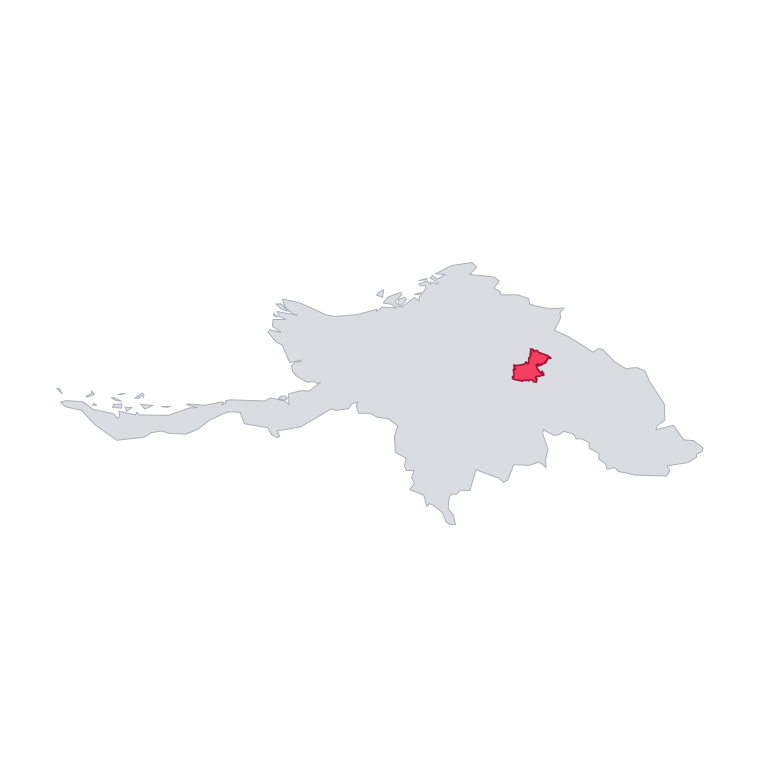 Kanbalu, Sagaing, Myanmar shown in context, rotated 97°
{"feature_id": "60261553B80816237630627", "entity_name": "Kanbalu", "entity_type": "district", "adm_level": 2, "iso_a3": "MMR", "parent_name": "Myanmar", "parent_adm1": "Sagaing", "projection": "natural_earth1", "projection_center": [95.451, 23.357], "detail": "fine", "context": "in_parent", "style": "filled", "palette": "rose", "viewbox_px": 768, "rotation_deg": 97, "n_neighbors": 0, "source": "geoboundaries", "source_scale": "gbopen_adm2", "svg_char_len": 9023}
<svg xmlns="http://www.w3.org/2000/svg" viewBox="0 0 768 768"><g transform="rotate(97 384 384)"><path d="M485.7,345.5L478.9,341.7L473.9,345.1L466.2,343.8L467.1,351.3L462.7,353.7L455.0,353.0L450.4,364.4L434.4,367.3L423.9,365.2L418.1,375.3L417.8,386.8L414.9,393.7L416.1,405.6L409.3,408.8L405.2,408.1L407.5,413.6L412.8,416.0L416.0,428.4L415.1,433.2L436.8,461.7L443.5,484.2L448.6,481.2L450.2,483.4L448.1,489.4L441.5,493.9L440.5,517.7L429.7,523.3L430.1,531.3L431.4,536.9L441.0,552.7L451.9,563.5L458.0,575.0L459.2,591.8L457.7,598.9L460.6,609.0L466.1,615.6L472.4,642.3L459.9,665.7L447.0,681.1L445.4,697.5L441.3,702.9L439.3,697.7L438.3,680.6L444.6,669.8L446.5,648.8L450.4,644.4L448.3,642.3L443.3,643.7L445.0,626.8L442.2,626.1L444.5,622.6L441.4,594.3L431.5,574.5L430.1,565.9L428.6,577.4L427.5,575.2L427.1,559.6L421.4,542.5L422.0,541.0L424.7,542.5L422.2,538.6L420.2,539.5L418.5,535.3L415.4,500.0L411.6,495.0L413.1,479.8L415.8,475.9L405.4,477.5L400.5,464.6L400.2,457.6L389.9,446.9L391.6,450.3L389.9,453.8L391.6,459.8L387.4,471.0L383.1,476.1L377.5,478.1L373.1,475.0L372.1,469.1L370.3,469.0L374.3,480.2L357.7,489.8L355.3,496.5L346.7,505.3L344.1,504.2L345.4,492.3L340.4,501.7L333.4,502.0L332.0,489.3L329.2,496.7L325.1,499.0L326.4,477.9L325.3,484.0L318.6,492.4L312.2,495.1L313.6,477.7L322.3,450.2L323.0,441.1L318.4,419.1L310.8,400.6L313.0,400.3L307.8,395.0L307.1,381.3L304.0,386.2L303.7,394.8L297.1,390.4L290.9,378.4L293.4,377.3L300.6,383.0L304.7,379.8L305.7,376.0L294.4,364.3L297.2,359.5L293.5,359.6L283.8,354.0L281.1,355.1L282.3,360.0L280.2,361.4L276.5,353.9L279.3,350.2L276.9,350.0L278.5,343.3L277.5,342.3L273.0,351.2L270.3,349.1L273.3,344.6L272.1,342.0L268.0,336.8L268.3,346.2L258.3,331.5L252.6,311.4L257.0,306.3L264.9,312.2L264.3,287.6L267.7,282.2L275.7,286.7L278.0,280.4L281.2,278.8L279.2,261.8L281.7,250.8L287.1,249.0L288.4,240.1L289.1,228.2L286.6,214.8L291.5,218.0L297.0,216.8L309.9,221.4L314.8,205.8L326.9,180.5L322.4,174.7L323.2,171.0L333.8,157.8L339.3,145.9L336.9,135.2L339.2,126.5L348.9,120.9L369.9,103.3L385.5,100.8L391.9,107.7L396.2,108.4L389.7,91.9L402.9,79.7L402.5,69.9L408.6,59.7L412.1,60.0L415.3,65.1L418.7,65.0L424.9,72.5L430.8,93.2L435.2,89.5L440.9,92.4L443.7,122.9L442.3,140.7L438.8,144.8L441.5,152.1L436.0,154.7L432.2,161.7L426.7,162.3L422.9,172.0L417.3,173.4L414.3,181.0L415.0,186.7L410.5,190.0L409.1,199.9L413.0,203.8L414.3,209.1L410.1,220.2L413.7,220.6L429.0,213.2L439.8,214.6L447.1,212.8L442.5,220.4L447.1,230.2L448.2,245.3L464.4,249.5L467.0,253.4L463.5,258.0L458.0,282.4L479.3,285.8L480.0,295.2L484.6,298.6L485.2,303.8L488.1,305.5L499.6,305.2L506.2,298.8L514.9,296.0L515.4,301.4L513.5,305.3L504.1,310.8L497.7,321.9L497.3,324.4L500.3,326.5L489.4,331.0L485.7,345.5ZM297.4,371.9L304.2,376.4L302.9,379.7L298.6,380.0L295.3,374.1L297.4,371.9ZM433.6,611.1L438.0,618.2L433.7,623.0L433.6,611.1ZM296.6,402.3L293.1,399.7L290.7,395.9L298.2,396.0L296.6,402.3ZM440.0,641.4L440.1,650.7L437.3,649.7L435.6,641.9L440.0,641.4ZM322.3,495.0L317.7,500.9L317.0,495.9L323.4,488.5L322.3,495.0ZM411.3,486.9L408.5,485.0L408.2,479.6L410.3,478.1L412.1,480.7L411.3,486.9ZM431.0,652.8L430.4,649.7L433.3,642.2L432.8,648.8L431.0,652.8ZM429.4,670.1L433.2,677.0L432.5,678.4L429.1,672.9L426.8,673.3L429.4,670.1ZM442.5,636.2L438.5,638.2L438.2,631.7L442.5,636.2ZM433.2,702.3L428.0,708.3L428.7,705.0L433.2,702.3ZM275.3,354.9L277.1,362.4L274.0,353.5L275.3,354.9ZM433.6,596.5L433.5,602.2L432.1,592.9L433.6,596.5ZM290.9,360.2L291.5,365.0L288.6,358.2L290.9,360.2ZM428.4,629.4L425.4,626.6L426.4,624.5L428.0,625.0L428.4,629.4ZM426.3,621.1L424.4,625.0L422.5,622.6L424.0,621.0L426.3,621.1ZM426.8,643.9L426.9,647.3L424.7,639.5L426.8,643.9ZM329.4,502.0L327.3,501.8L330.1,498.0L330.4,499.4L329.4,502.0ZM440.6,670.7L438.7,670.1L440.1,666.4L440.6,670.7Z" fill="#d9dde1" stroke="#a8b0b8" stroke-width="1"/><path d="M363.5,234.1L363.7,233.3L363.6,233.1L363.4,233.1L363.2,232.9L362.9,233.1L361.9,233.0L361.7,233.1L361.3,233.0L361.1,233.3L361.1,233.1L360.9,233.1L360.7,232.9L360.7,232.7L359.8,233.0L359.7,233.6L359.4,233.7L359.4,234.0L359.2,234.2L359.0,233.9L358.9,234.0L358.5,234.2L358.5,233.9L358.3,233.8L358.1,233.5L357.8,233.6L357.5,233.3L357.6,232.1L357.5,231.6L357.6,231.3L357.5,231.1L357.4,230.6L357.3,230.2L357.0,229.9L356.8,229.6L356.4,229.6L356.4,229.3L356.2,228.9L356.3,228.6L356.0,227.4L356.2,227.2L356.0,226.5L355.6,226.7L355.2,226.9L355.3,227.0L355.1,227.1L355.0,227.3L354.9,227.2L354.7,227.1L354.5,226.9L354.3,226.8L354.3,227.0L354.2,226.9L354.1,227.0L354.3,227.2L354.1,227.2L354.1,227.7L353.8,227.9L353.9,228.0L353.6,228.0L353.3,228.1L352.8,228.1L352.7,228.2L352.6,228.4L352.3,228.2L352.1,228.4L352.1,228.6L352.3,228.8L352.4,229.1L352.8,229.3L352.9,229.1L353.1,229.3L353.2,229.2L353.2,229.4L353.3,229.3L353.2,229.8L353.2,230.0L353.4,230.0L353.2,230.3L353.2,230.5L353.3,230.5L352.7,231.3L352.5,231.7L352.2,231.8L351.9,231.9L351.4,231.8L350.9,232.5L350.6,232.8L350.5,233.6L350.2,233.8L349.8,233.8L349.5,234.0L349.4,234.0L349.1,234.2L348.8,234.5L348.6,234.5L348.5,234.4L348.2,234.4L348.1,234.5L348.0,234.9L347.5,235.0L347.3,234.6L347.2,234.7L346.8,235.0L346.7,235.2L346.2,234.8L345.8,234.8L345.7,234.9L345.8,234.6L345.3,234.3L345.3,234.1L345.5,234.3L345.7,234.0L345.8,233.7L346.5,233.5L347.1,233.2L347.4,232.7L347.3,232.4L346.7,232.2L346.5,232.3L346.5,232.5L346.7,232.4L346.9,232.5L347.0,232.7L346.8,232.8L346.2,232.4L345.6,232.5L345.4,231.6L345.8,231.4L346.1,230.9L345.7,230.7L345.8,230.4L345.3,230.2L345.5,230.0L345.9,229.9L345.9,229.7L344.9,229.3L344.6,228.9L344.5,228.2L344.3,228.1L344.1,228.3L343.9,228.0L343.9,227.5L343.5,227.2L343.8,227.0L343.7,226.8L343.4,226.8L343.4,226.7L343.2,226.8L343.1,226.5L342.9,226.6L342.9,226.4L342.7,226.4L342.6,226.5L342.5,226.3L342.5,226.5L342.4,226.5L342.3,226.2L342.3,226.3L342.2,226.2L342.0,226.3L342.0,226.2L341.9,226.3L341.8,226.2L341.7,226.0L341.8,225.9L341.6,225.9L341.4,225.9L341.2,225.7L341.1,225.4L340.7,225.2L340.4,224.9L340.1,225.0L340.0,224.9L339.9,225.0L339.7,224.6L339.3,224.5L338.8,224.5L338.7,224.7L338.5,224.3L338.4,224.3L338.3,224.2L338.2,223.7L338.1,223.4L338.1,223.2L338.3,222.9L338.4,222.3L338.3,221.7L338.1,221.6L338.0,221.9L337.7,222.4L337.7,222.6L337.4,222.3L337.1,222.8L336.8,222.9L336.7,224.1L336.2,224.5L336.1,224.8L335.8,224.9L335.7,225.6L335.9,225.7L335.9,226.2L335.7,226.6L335.3,227.0L335.4,227.4L335.2,227.9L335.1,228.1L334.7,229.8L334.9,230.1L335.1,230.3L335.2,230.8L335.0,231.1L334.5,231.1L334.4,231.8L334.1,232.3L334.0,233.0L333.9,233.2L334.0,233.3L333.8,233.6L333.9,233.8L333.8,234.1L333.6,234.4L333.3,234.9L332.6,235.3L332.2,235.6L332.1,235.9L332.0,236.2L332.3,236.6L332.3,237.6L332.4,238.1L332.8,238.4L333.0,238.8L333.4,238.8L333.5,238.9L333.5,239.2L333.2,239.5L332.9,239.6L332.4,239.4L332.3,239.7L332.2,239.8L332.2,240.3L332.1,240.5L331.8,240.4L331.5,240.6L331.4,240.6L331.2,240.7L331.3,241.0L331.4,241.4L331.6,241.6L331.5,241.8L331.6,242.4L331.5,242.8L332.0,242.6L333.2,242.6L333.5,242.3L333.9,242.1L334.1,242.2L334.3,242.5L335.0,242.5L335.5,242.0L335.7,241.5L335.9,241.6L336.0,242.0L336.2,241.9L336.3,241.9L336.5,242.1L336.6,242.3L336.8,241.9L337.2,241.8L337.3,241.8L337.3,242.2L337.4,242.5L337.6,242.5L337.9,242.2L338.3,242.3L338.6,242.1L338.8,242.1L340.0,242.8L340.1,243.3L340.3,243.4L340.7,243.4L341.0,243.3L341.2,243.5L341.5,243.3L342.3,243.2L342.5,243.0L342.9,243.0L343.1,243.1L343.6,242.9L343.9,243.0L344.2,243.3L344.7,243.2L344.9,243.1L345.4,243.2L345.7,243.1L345.9,243.4L346.3,243.4L346.4,243.6L346.3,244.0L346.0,244.5L345.6,244.6L345.1,245.2L344.9,245.5L344.9,246.1L345.3,246.1L345.7,245.7L346.1,245.6L346.6,246.4L346.8,246.5L347.0,247.4L347.6,248.2L347.8,249.0L348.1,249.3L348.3,249.7L348.3,250.6L348.4,250.8L348.8,251.1L348.7,251.7L348.6,251.9L348.6,252.5L349.2,253.4L349.4,253.5L349.5,254.2L349.8,254.8L349.8,255.0L349.4,255.1L349.5,255.5L349.4,256.8L349.5,256.9L349.5,257.1L349.4,257.3L350.0,257.3L350.4,257.1L350.5,256.9L350.5,257.1L351.0,257.2L351.3,257.1L351.4,256.9L351.4,256.7L351.8,256.5L351.8,256.4L352.0,256.2L352.0,255.8L352.3,255.8L352.7,255.3L353.0,255.3L353.3,255.4L353.3,255.5L353.5,255.7L353.7,256.0L353.8,255.9L353.9,256.0L353.3,256.4L353.3,257.0L353.6,257.0L353.8,257.4L354.0,257.4L354.4,257.1L354.7,257.2L355.7,256.8L356.2,256.8L356.4,256.9L356.7,256.8L356.7,256.7L357.5,256.7L357.7,256.4L358.0,256.4L358.3,256.2L358.7,256.0L359.2,256.1L359.6,256.1L360.0,256.2L360.7,255.9L360.8,256.0L360.8,256.3L360.8,256.5L360.8,257.2L361.0,257.3L361.3,257.3L362.2,257.4L362.7,256.9L362.4,256.9L362.4,256.6L363.5,256.2L363.7,255.3L363.6,254.3L363.9,253.2L363.8,251.5L364.0,251.0L364.1,249.7L363.8,249.4L363.8,249.0L363.9,248.8L364.3,248.3L364.4,248.1L364.3,247.4L364.1,247.0L364.0,246.4L363.3,246.2L363.4,245.7L363.2,245.0L363.1,244.2L363.3,243.1L363.1,243.1L363.0,242.9L362.7,242.7L362.5,242.4L362.5,241.9L362.8,241.4L363.1,241.1L363.0,240.9L363.1,240.4L362.9,240.2L362.5,240.2L362.3,239.9L362.1,239.4L361.7,239.0L361.7,238.8L361.9,238.2L361.8,237.7L362.0,237.5L362.1,237.2L362.2,236.9L362.3,236.7L362.6,236.8L362.7,236.4L363.1,236.1L363.6,235.9L363.5,235.6L363.6,235.3L363.5,235.1L363.5,234.1Z" fill="#f43f5e" stroke="#9f1239" stroke-width="1.5"/></g></svg>